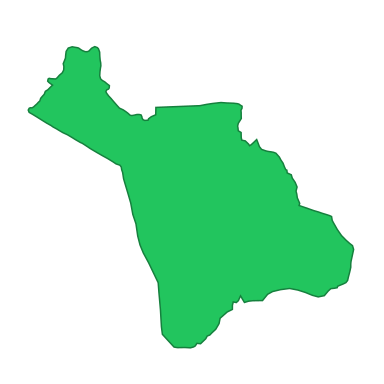 Svay Rieng, Svay Rieng, Cambodia, rotated 175°
{"feature_id": "14789045B88579584003183", "entity_name": "Svay Rieng", "entity_type": "district", "adm_level": 2, "iso_a3": "KHM", "parent_name": "Cambodia", "parent_adm1": "Svay Rieng", "projection": "natural_earth1", "projection_center": [105.819, 11.091], "detail": "fine", "context": "isolated", "style": "filled", "palette": "green", "viewbox_px": 384, "rotation_deg": 175, "n_neighbors": 0, "source": "geoboundaries", "source_scale": "gbopen_adm2", "svg_char_len": 3263}
<svg xmlns="http://www.w3.org/2000/svg" viewBox="0 0 384 384"><g transform="rotate(175 192 192)"><path d="M347.3,285.5L344.1,283.3L339.5,279.9L335.7,277.0L330.5,273.1L326.5,270.4L324.9,269.0L321.3,266.6L319.0,264.9L315.5,262.4L311.1,259.9L306.8,256.8L303.5,254.3L298.8,251.0L297.1,250.1L293.5,247.3L289.4,244.0L286.6,242.0L283.1,239.5L278.1,236.0L273.0,232.6L267.9,228.8L265.2,226.6L261.5,225.0L260.3,223.1L260.1,220.3L259.4,217.4L259.0,211.2L258.0,206.2L256.0,196.5L254.0,186.4L252.9,174.8L250.6,165.2L249.9,152.9L248.4,143.8L245.8,135.5L241.3,125.1L236.9,113.4L233.6,104.6L233.7,95.1L233.7,77.2L234.2,60.5L233.9,52.8L230.7,48.6L226.7,43.4L223.4,39.1L221.2,38.5L219.8,38.2L212.6,37.7L207.1,36.9L203.9,37.5L202.1,38.4L200.3,40.8L196.7,40.1L194.1,42.2L191.1,44.6L189.4,47.2L186.7,48.0L184.4,50.0L180.3,53.2L177.6,57.0L176.5,58.6L175.0,63.8L167.4,69.4L162.0,71.5L161.6,75.6L160.5,78.9L157.5,78.0L155.3,79.7L152.7,84.3L151.7,82.3L151.2,81.1L150.4,79.5L149.4,77.4L145.1,78.3L141.0,78.4L135.3,78.0L131.2,77.7L128.9,80.1L125.6,83.5L120.4,85.8L112.3,87.0L103.2,87.4L95.1,85.1L87.7,82.0L81.1,78.6L75.4,76.5L69.2,77.2L65.0,81.4L62.2,83.6L58.4,83.7L55.7,84.0L55.1,85.4L53.7,85.9L52.4,86.3L49.7,87.1L46.6,88.3L44.7,90.3L43.6,93.7L42.2,97.6L41.1,100.9L40.4,103.2L40.1,106.5L39.7,108.7L37.7,115.2L36.0,120.7L36.8,124.6L39.4,127.0L42.7,130.5L46.9,135.6L50.5,141.9L53.8,149.1L54.8,151.5L55.1,155.4L57.0,156.5L59.8,157.7L64.3,159.5L67.8,161.1L72.2,162.8L77.5,165.2L86.5,169.2L85.7,171.3L87.6,177.0L87.8,180.8L88.3,183.8L86.9,187.8L88.4,192.6L90.9,197.1L91.6,200.5L95.5,202.7L95.6,205.5L96.7,206.1L97.7,208.9L98.8,212.8L100.7,216.2L101.9,219.1L105.0,223.3L107.2,224.4L109.3,225.0L113.0,225.9L114.8,226.5L119.0,228.4L120.9,231.3L122.0,235.2L123.0,238.6L124.4,237.5L126.1,236.1L129.0,233.9L130.6,233.1L131.4,234.7L134.5,238.3L137.9,239.3L138.2,242.1L137.9,247.0L140.6,249.0L140.6,251.7L140.8,253.7L139.9,256.4L138.0,258.9L136.5,260.9L136.3,264.4L136.1,266.5L136.1,269.1L134.9,271.0L134.6,273.1L136.1,274.2L137.6,275.5L139.3,276.1L142.8,276.8L149.9,277.7L155.3,278.6L163.7,278.4L170.0,278.0L176.6,277.3L220.6,279.4L221.4,272.1L226.1,270.5L228.9,268.7L229.6,267.3L230.8,267.4L232.8,267.4L234.5,268.3L235.3,270.1L235.4,271.5L236.0,273.2L237.8,273.8L240.2,274.0L242.8,273.6L245.3,273.4L247.0,273.9L248.8,275.9L251.0,277.9L253.5,279.9L257.0,281.9L259.2,284.8L262.4,289.2L264.5,292.2L266.7,295.0L268.4,297.8L269.1,299.5L267.9,301.3L266.2,301.8L265.4,302.9L265.0,305.2L267.0,307.0L269.3,309.3L271.7,311.0L273.2,312.7L273.8,315.8L273.2,319.9L272.4,323.4L271.8,325.6L271.7,328.6L272.0,331.5L272.0,333.8L272.0,335.4L271.9,337.4L271.8,339.4L272.7,342.8L273.7,344.1L276.2,345.3L279.5,344.0L282.4,341.4L284.1,340.9L286.2,341.1L288.8,342.4L290.2,343.4L292.4,345.3L293.7,345.8L296.1,346.4L298.7,347.1L302.7,346.2L305.1,343.1L305.9,339.5L306.4,336.4L307.5,334.2L309.1,331.0L308.7,328.1L309.2,324.7L310.8,322.1L313.9,319.9L316.5,317.4L318.0,316.5L320.0,316.8L322.7,317.2L324.4,317.7L325.5,317.1L326.1,315.0L325.0,313.6L323.0,311.8L321.6,310.6L324.0,308.7L326.7,306.4L329.3,305.1L330.7,302.2L332.6,300.5L334.6,298.5L335.6,296.0L337.2,294.8L338.9,293.2L340.7,291.9L342.3,290.6L344.0,289.8L345.8,290.0L346.9,289.6L348.0,287.9L347.3,285.5Z" fill="#22c55e" stroke="#15803d" stroke-width="1.5"/></g></svg>